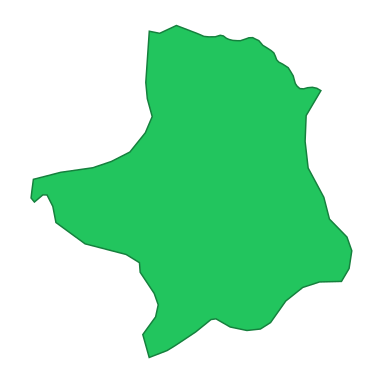 the district of Masis, Ararat, Armenia, rotated 181°
{"feature_id": "60910142B5902615753195", "entity_name": "Masis", "entity_type": "district", "adm_level": 2, "iso_a3": "ARM", "parent_name": "Armenia", "parent_adm1": "Ararat", "projection": "natural_earth1", "projection_center": [44.401, 40.079], "detail": "fine", "context": "isolated", "style": "filled", "palette": "green", "viewbox_px": 384, "rotation_deg": 181, "n_neighbors": 0, "source": "geoboundaries", "source_scale": "gbopen_adm2", "svg_char_len": 1210}
<svg xmlns="http://www.w3.org/2000/svg" viewBox="0 0 384 384"><g transform="rotate(181 192 192)"><path d="M64.9,295.6L69.0,297.9L73.5,298.8L78.2,298.3L82.2,297.1L86.0,297.3L88.9,299.8L90.6,302.3L91.8,306.2L92.8,309.8L95.2,313.7L98.0,318.0L100.9,319.8L103.5,321.4L107.5,323.4L109.7,325.7L110.9,328.9L112.6,332.5L115.4,334.8L119.7,337.5L123.8,339.9L127.8,344.5L131.4,346.1L134.0,347.4L137.8,347.2L140.9,346.0L146.3,344.1L149.6,344.1L153.9,344.3L156.9,345.0L157.7,345.2L160.3,346.3L163.4,348.6L166.5,349.2L171.4,347.6L177.8,347.4L182.8,347.8L187.1,349.6L190.4,350.9L196.5,353.1L210.5,358.2L227.1,350.1L237.5,352.0L240.1,300.7L238.3,284.5L233.1,266.7L239.7,250.4L254.8,230.9L273.2,221.1L291.7,214.5L323.6,209.4L350.8,201.9L352.0,191.3L352.8,183.2L349.4,179.2L341.1,186.5L336.9,186.5L330.9,175.2L327.5,159.1L298.0,138.3L256.8,128.4L243.3,120.4L242.4,110.8L228.0,89.9L223.8,78.6L226.2,66.5L238.7,48.6L231.9,25.8L214.0,33.1L205.9,38.3L185.8,52.2L170.8,64.8L165.8,65.6L151.5,57.7L134.7,54.5L121.2,56.2L111.2,62.8L96.3,84.7L79.6,98.5L62.9,104.3L41.0,105.2L33.6,118.2L31.2,136.0L36.3,149.7L54.1,167.3L60.1,189.0L76.3,218.0L79.8,244.6L79.2,270.4L64.9,295.6Z" fill="#22c55e" stroke="#15803d" stroke-width="1.5"/></g></svg>